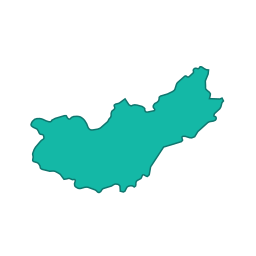 SVG path tracing the border of Orne, rotated 150°
{"feature_id": "FRA-5332", "entity_name": "Orne", "entity_type": "Metropolitan department", "adm_level": 1, "iso_a3": "FRA", "parent_name": "France", "parent_adm1": "", "projection": "equal_earth", "projection_center": [0.157, 48.576], "detail": "fine", "context": "isolated", "style": "filled", "palette": "teal", "viewbox_px": 256, "rotation_deg": 150, "n_neighbors": 0, "source": "natural_earth", "source_scale": "10m", "svg_char_len": 3447}
<svg xmlns="http://www.w3.org/2000/svg" viewBox="0 0 256 256"><g transform="rotate(150 128 128)"><path d="M29.2,138.0L31.6,134.7L37.5,130.1L40.0,125.3L40.7,124.2L41.2,122.9L40.7,121.0L39.6,118.1L39.6,116.3L40.7,114.9L42.8,112.7L34.0,107.2L31.6,106.9L31.8,103.7L33.9,103.0L37.0,99.9L38.8,98.8L46.0,97.2L47.4,95.9L47.5,95.1L47.2,94.7L46.7,94.3L46.4,93.6L46.6,92.6L47.1,91.8L47.9,91.3L48.6,91.1L50.5,91.3L54.3,92.7L56.2,92.8L69.3,90.0L74.6,87.1L77.8,87.6L79.5,88.8L82.4,92.0L84.1,93.1L84.8,93.4L85.4,93.3L85.9,93.0L86.3,92.2L86.5,91.6L86.7,90.4L87.0,90.0L88.6,89.5L106.7,93.7L127.8,83.1L133.0,76.9L135.4,76.3L136.2,77.0L137.6,79.4L138.3,80.0L139.3,79.8L141.3,78.2L142.3,77.8L146.1,77.9L147.3,77.7L148.6,76.6L149.4,75.2L150.4,74.0L152.1,73.8L153.1,75.7L154.9,76.8L156.9,77.4L158.6,77.2L162.3,74.8L164.0,74.9L166.3,77.2L165.9,77.8L164.0,81.7L164.2,82.7L164.6,83.9L165.2,84.5L166.8,85.7L167.7,86.0L168.8,86.1L171.3,86.0L179.5,87.9L180.6,87.9L181.5,87.6L183.4,86.6L185.0,86.5L185.9,87.0L186.4,87.9L186.6,88.8L186.9,89.8L187.4,90.8L192.3,96.7L193.6,97.6L195.2,98.3L199.2,99.3L200.4,99.9L201.1,100.5L201.7,101.2L202.6,102.8L203.0,103.8L203.0,104.0L202.9,104.9L202.6,105.6L202.2,106.5L201.4,107.3L200.5,108.1L199.8,109.0L199.9,110.0L200.6,110.5L201.8,110.9L202.5,111.7L204.0,113.7L205.2,114.3L206.3,114.5L209.1,115.6L209.8,121.7L210.9,123.9L212.8,126.9L214.2,128.1L217.4,129.7L223.0,135.1L223.6,136.1L223.9,137.0L223.7,137.7L223.6,138.1L223.5,138.3L223.2,139.2L223.2,140.1L223.2,141.2L223.5,142.5L223.9,143.3L224.6,144.1L225.5,145.0L226.7,146.4L226.8,147.5L226.2,148.4L225.4,149.3L224.7,150.2L224.3,151.1L223.7,153.0L223.1,153.7L220.0,156.3L217.7,157.6L210.5,160.2L209.0,160.6L207.1,160.7L206.3,160.9L205.8,161.4L205.3,162.4L204.9,164.0L205.3,165.0L206.1,165.7L206.9,166.3L207.4,167.2L207.4,168.3L207.2,170.1L207.2,171.2L207.3,172.2L207.4,172.6L207.6,173.0L209.5,175.7L210.1,176.8L210.6,178.3L210.3,179.4L209.5,180.2L208.7,180.8L207.5,181.5L204.5,182.2L202.3,181.7L199.7,180.3L198.5,179.3L197.5,178.2L195.2,174.9L193.3,172.9L192.1,172.2L191.0,172.2L190.5,172.4L190.3,172.6L190.2,172.8L186.2,172.7L177.0,170.5L175.5,169.7L175.3,169.3L175.4,168.1L175.4,167.2L175.2,166.2L174.6,165.1L173.8,164.8L172.8,165.1L171.4,165.4L169.3,165.1L166.3,163.6L164.7,162.4L163.6,161.2L162.7,159.4L162.2,158.0L161.8,156.2L161.7,152.3L162.3,148.6L162.3,147.6L162.1,146.6L161.5,145.3L160.7,144.6L159.4,143.9L154.9,142.2L153.2,141.9L151.8,141.8L142.3,143.7L140.5,144.9L139.4,145.5L138.1,145.8L137.0,146.5L136.2,147.5L135.5,148.8L134.7,149.7L134.1,150.2L133.6,150.6L132.4,150.9L131.6,150.9L130.8,151.1L130.3,151.3L129.6,151.8L129.2,152.5L128.9,154.2L128.3,154.8L126.7,154.9L124.8,154.3L123.5,154.0L122.4,154.0L116.0,154.7L115.6,147.7L115.0,146.6L114.2,145.5L113.2,145.4L112.2,145.3L110.6,144.7L108.7,143.3L105.1,139.7L104.1,137.8L103.8,136.3L104.5,135.3L104.7,133.8L104.3,132.8L103.4,132.1L96.7,129.9L95.8,130.3L95.5,131.0L95.6,132.0L95.8,132.9L95.6,133.7L95.0,134.6L94.0,135.2L92.6,135.8L90.2,135.7L88.7,136.0L87.5,136.6L86.4,137.8L86.0,138.5L85.5,139.1L83.9,139.4L76.7,137.7L71.3,137.3L69.9,137.4L68.9,137.6L68.0,138.1L64.3,141.5L63.3,142.2L62.3,142.6L53.0,144.5L51.9,144.2L51.5,143.6L51.2,142.7L50.4,142.0L49.4,141.9L44.1,143.1L43.4,143.5L43.0,144.3L42.8,145.1L42.1,145.9L40.8,146.3L39.8,146.1L38.9,145.5L38.2,144.7L37.4,144.2L36.6,144.2L35.8,144.6L34.9,145.0L34.1,144.5L33.5,143.8L32.2,141.1L31.0,139.3L29.2,138.0Z" fill="#14b8a6" stroke="#0f766e" stroke-width="1.5"/></g></svg>